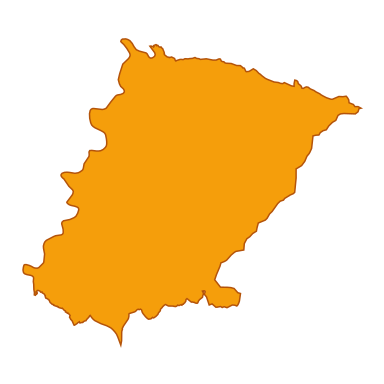 outline of Mohale's Hoek, Mohale's Hoek, Lesotho
{"feature_id": "5366337B50833634565448", "entity_name": "Mohale's Hoek", "entity_type": "district", "adm_level": 2, "iso_a3": "LSO", "parent_name": "Lesotho", "parent_adm1": "Mohale's Hoek", "projection": "natural_earth1", "projection_center": [27.441, -30.145], "detail": "fine", "context": "isolated", "style": "filled", "palette": "amber", "viewbox_px": 384, "rotation_deg": 0, "n_neighbors": 0, "source": "geoboundaries", "source_scale": "gbopen_adm2", "svg_char_len": 5802}
<svg xmlns="http://www.w3.org/2000/svg" viewBox="0 0 384 384"><path d="M236.8,306.0L237.9,304.8L238.8,302.9L239.4,301.1L240.5,293.5L237.8,292.7L234.1,288.5L230.9,287.6L227.4,287.3L220.5,287.2L214.7,279.8L216.5,274.5L220.0,266.2L220.9,262.9L224.6,261.4L226.6,260.2L231.2,255.0L234.3,252.4L235.9,251.4L243.8,250.0L244.3,243.6L246.8,238.8L249.8,236.7L252.7,233.5L256.4,231.2L257.0,227.9L258.3,223.0L265.3,220.1L267.1,218.3L269.6,213.9L272.1,211.5L277.7,203.6L280.2,201.2L283.5,200.1L284.7,198.4L290.2,195.0L293.4,193.6L294.7,192.3L296.1,178.0L296.1,168.9L301.6,165.6L304.8,161.3L306.9,156.3L309.1,153.6L310.0,152.0L311.6,148.4L313.0,135.9L315.8,135.2L318.9,135.0L320.3,132.6L323.1,130.7L326.3,129.8L328.8,125.9L332.5,122.3L335.8,120.4L338.0,115.4L340.5,113.9L343.9,113.5L355.3,113.9L358.0,111.8L359.0,108.7L361.0,108.2L358.0,106.6L354.9,106.6L353.4,104.5L349.1,102.8L348.7,99.8L347.4,97.6L346.2,96.2L342.9,96.7L338.9,96.5L332.3,99.3L330.8,99.2L326.4,97.7L323.1,96.0L321.0,94.8L319.8,93.8L316.0,91.9L314.0,90.5L310.3,88.9L308.3,87.3L306.6,86.9L305.2,87.3L303.3,88.4L301.8,88.1L301.3,86.3L299.9,84.9L298.3,83.7L297.8,81.7L296.7,80.6L294.8,80.1L294.1,83.6L294.1,86.3L291.5,85.9L284.3,82.6L282.8,83.6L280.6,83.4L278.3,82.5L274.1,82.0L267.5,79.4L265.4,78.4L262.2,76.0L260.1,74.1L258.9,73.4L256.3,70.6L253.3,68.8L249.1,71.4L246.3,71.7L245.8,71.3L244.4,68.3L244.2,68.1L242.8,67.9L242.7,67.5L240.4,65.6L236.6,65.5L231.2,63.5L225.8,63.2L224.9,62.8L223.9,61.8L222.1,61.5L221.3,61.0L220.4,59.1L219.7,58.9L218.7,59.0L216.1,60.1L213.0,60.1L206.3,58.8L200.4,59.4L199.0,58.7L196.6,58.4L195.0,57.5L192.4,58.4L189.4,58.6L188.1,58.9L185.0,58.7L183.1,59.6L181.5,59.4L180.1,59.4L176.4,60.6L175.9,61.0L175.3,60.5L174.6,58.5L171.6,57.0L169.3,57.6L169.2,57.3L167.3,57.0L164.8,55.0L164.1,53.9L164.4,53.5L164.1,52.2L162.6,48.5L161.5,47.8L161.0,46.9L160.0,47.2L158.7,46.6L157.9,45.4L157.4,45.3L156.8,45.6L156.7,45.0L156.0,44.6L153.8,45.5L154.0,46.6L153.7,46.9L153.5,46.4L152.4,46.5L151.0,46.0L149.9,46.2L154.7,52.7L155.2,54.6L154.7,56.1L153.6,57.1L152.4,57.8L150.8,58.2L149.6,57.6L148.7,56.7L147.1,53.8L146.0,52.9L139.3,51.1L136.3,49.7L134.1,46.8L132.2,43.4L129.8,40.6L127.8,39.5L125.8,38.9L122.4,39.1L121.3,40.0L120.8,41.4L121.2,42.1L123.8,44.5L126.8,48.4L129.5,52.8L130.0,54.2L130.1,55.6L129.5,57.2L128.4,58.7L122.8,64.1L119.7,73.7L118.3,79.7L119.4,83.8L120.7,86.4L123.4,88.9L124.2,90.4L124.3,92.0L123.2,93.4L120.5,94.5L117.8,94.9L116.4,95.4L115.3,96.4L110.6,102.2L106.2,108.2L104.3,109.1L102.4,109.5L93.6,108.5L92.4,108.6L91.1,109.3L90.2,110.5L89.5,113.7L89.7,118.3L90.7,122.8L91.7,125.0L93.1,126.5L95.0,127.8L101.1,130.7L103.7,132.2L104.8,133.3L105.6,134.8L106.4,138.8L106.7,141.6L106.7,144.2L106.2,146.2L105.2,147.6L103.3,149.4L100.7,150.7L98.8,151.0L96.3,151.0L91.7,150.4L89.7,150.6L89.0,152.0L89.2,154.5L89.0,156.4L84.1,163.8L83.3,168.3L82.8,169.7L81.9,170.6L79.5,172.2L78.1,172.8L74.9,173.3L69.3,172.4L66.9,172.2L64.4,172.4L62.1,173.3L61.2,174.4L61.0,175.2L61.2,176.0L61.6,176.8L63.1,178.4L63.7,178.7L68.9,186.3L72.6,189.9L73.3,191.4L72.9,193.6L72.2,195.0L66.8,202.2L67.4,203.4L69.2,204.7L71.0,205.4L74.7,206.2L77.2,207.1L78.2,207.8L78.7,209.0L78.7,209.9L77.7,213.2L75.9,216.3L74.0,217.7L69.9,219.5L63.5,220.8L62.0,222.2L61.7,223.8L63.1,229.2L63.2,231.1L63.2,233.0L62.5,234.2L61.2,234.9L55.7,235.7L53.7,236.5L46.4,240.3L45.0,241.7L44.1,243.4L43.4,246.0L43.5,248.2L44.6,254.0L43.9,261.1L43.7,262.4L43.1,263.3L38.9,267.5L37.3,268.2L34.8,268.0L33.6,267.6L31.3,266.3L29.2,265.4L26.3,264.6L24.8,264.6L24.0,265.1L23.4,267.1L23.0,270.0L23.4,272.2L24.0,273.2L24.9,273.9L26.9,274.6L30.9,275.4L32.5,276.1L33.4,277.1L33.6,278.3L33.3,281.6L33.7,284.2L33.9,289.7L34.4,292.5L34.3,294.9L35.4,295.3L35.9,294.5L36.5,294.3L36.2,293.4L35.9,293.0L36.0,292.9L36.8,293.5L37.2,293.3L37.1,292.4L36.2,291.8L36.6,291.6L36.9,291.4L37.0,290.6L37.2,290.4L38.1,290.4L39.8,291.0L40.6,292.1L42.1,292.1L42.2,292.8L44.2,294.0L44.9,295.3L45.3,295.5L45.2,296.8L45.9,297.9L45.9,298.2L47.6,298.8L48.5,299.8L49.3,300.2L49.7,301.7L50.4,302.8L51.3,303.4L52.0,304.2L52.9,304.4L53.4,304.6L53.3,304.9L53.6,305.2L54.2,305.3L54.2,305.5L56.4,306.3L56.8,306.2L56.8,306.4L57.8,306.9L58.2,306.8L58.4,307.3L59.3,307.7L61.8,308.4L62.3,308.2L64.4,310.5L65.2,310.8L65.5,311.1L65.5,312.0L67.0,312.5L67.1,313.1L67.7,313.4L68.2,313.2L70.1,315.4L69.6,316.9L69.6,317.6L70.4,318.4L70.6,319.3L72.1,320.8L74.0,325.1L74.5,325.2L77.1,323.5L77.6,322.9L79.4,321.8L79.7,322.8L80.0,323.0L81.1,322.6L82.7,322.5L83.0,322.3L83.0,322.0L84.6,321.0L86.0,320.7L86.5,319.7L89.0,317.0L89.7,315.7L90.2,315.4L91.8,317.7L93.3,319.4L94.8,320.6L101.0,323.7L106.6,325.7L109.0,326.9L110.7,327.8L112.6,329.4L114.8,331.8L116.5,334.1L117.9,337.2L120.8,345.1L121.6,340.8L121.7,332.4L121.9,330.7L122.4,329.6L122.3,328.4L123.6,325.8L128.0,319.3L128.5,318.2L128.9,316.2L128.9,314.0L129.4,313.5L134.3,312.0L135.5,311.4L137.1,309.7L138.2,309.2L139.1,309.7L140.4,309.1L141.5,309.8L142.3,312.4L143.1,313.7L145.5,316.7L147.5,318.6L148.6,319.2L151.0,318.8L152.5,317.4L153.0,317.8L153.7,317.9L155.8,316.5L156.8,315.5L157.9,314.4L158.4,313.0L160.2,310.9L160.4,310.2L160.4,309.6L160.6,309.1L162.0,307.7L162.7,306.7L164.4,305.1L165.5,304.5L168.4,306.0L173.3,306.1L174.2,306.5L174.9,306.3L175.7,306.6L177.0,305.9L177.7,305.1L179.0,305.6L180.7,304.8L181.9,305.2L182.1,304.4L183.4,304.2L183.9,303.4L184.6,303.0L185.8,301.2L186.0,299.5L187.0,298.6L191.3,302.1L192.6,302.0L193.2,302.3L194.2,302.3L195.2,303.0L197.1,303.3L197.8,302.8L198.5,301.0L199.6,299.6L202.5,297.3L202.8,295.6L203.4,294.2L203.4,293.5L203.2,292.5L202.4,291.1L203.1,290.9L203.6,291.2L204.0,290.8L204.6,290.9L205.1,291.4L205.1,292.1L204.4,293.7L204.5,294.5L206.5,296.9L209.2,305.0L212.1,303.9L215.8,307.2L217.0,307.2L220.6,306.5L222.2,307.5L224.1,306.7L227.0,307.7L232.3,305.0L234.8,305.2L236.8,306.0Z" fill="#f59e0b" stroke="#b45309" stroke-width="1.5"/></svg>